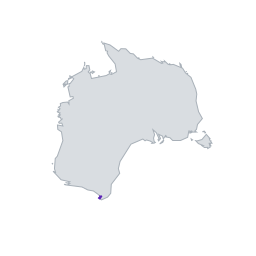 Busselton, Western Australia, Australia (highlighted), rotated 305°
{"feature_id": "25037944B46798430259876", "entity_name": "Busselton", "entity_type": "district", "adm_level": 2, "iso_a3": "AUS", "parent_name": "Australia", "parent_adm1": "Western Australia", "projection": "albers", "projection_center": [115.148, -33.685], "detail": "fine", "context": "in_parent", "style": "filled", "palette": "violet", "viewbox_px": 256, "rotation_deg": 305, "n_neighbors": 0, "source": "geoboundaries", "source_scale": "gbopen_adm2", "svg_char_len": 4106}
<svg xmlns="http://www.w3.org/2000/svg" viewBox="0 0 256 256"><g transform="rotate(305 128 128)"><path d="M185.7,65.6L185.5,76.3L188.9,76.7L191.6,80.8L190.4,87.1L191.8,89.9L190.6,95.8L191.2,99.2L199.3,108.0L200.1,118.4L201.0,119.3L201.8,117.7L203.3,120.1L203.9,119.4L203.2,124.4L203.9,126.2L206.1,128.6L208.3,138.4L206.1,143.5L205.6,150.5L198.6,161.3L195.2,164.9L189.2,168.2L181.8,176.5L178.4,183.5L170.7,182.9L166.2,184.9L163.9,184.5L164.0,186.5L161.4,182.8L162.1,182.3L162.0,181.6L161.4,181.4L159.9,182.2L159.3,181.3L161.0,180.6L160.5,179.5L154.6,182.2L147.9,178.2L143.4,171.8L144.1,167.9L142.2,163.7L143.3,164.1L143.5,163.1L139.3,163.2L141.1,160.9L140.4,156.7L138.0,160.7L135.0,160.5L135.7,159.2L137.1,159.5L140.4,153.9L140.9,149.4L137.8,153.6L134.4,154.7L131.9,157.2L131.9,158.7L130.7,158.2L129.1,156.3L130.3,156.5L130.0,153.5L128.8,150.0L127.3,149.3L127.5,146.5L116.5,139.7L96.0,140.7L89.2,143.4L86.1,147.2L72.3,146.6L64.6,151.3L59.6,150.9L53.9,147.5L53.9,144.1L55.2,144.7L56.5,142.7L56.6,135.8L54.2,130.6L53.3,124.2L46.3,110.8L49.0,112.2L47.4,108.1L48.6,110.5L50.6,111.2L47.2,102.9L49.6,91.4L50.1,94.1L52.5,91.1L61.3,85.9L64.3,86.3L80.3,81.9L86.7,75.7L86.6,71.3L90.0,68.5L92.3,73.5L94.0,71.0L92.4,68.9L93.0,67.8L98.2,69.1L96.6,68.4L97.9,66.7L97.1,64.9L99.9,65.0L99.0,63.7L101.4,63.7L100.8,61.9L103.0,60.1L103.1,61.3L104.8,61.3L105.1,59.1L107.4,60.1L109.2,58.5L111.6,60.1L114.6,63.6L113.7,66.0L116.4,63.9L121.0,66.2L122.2,64.9L120.3,62.8L127.2,55.2L128.3,55.9L130.6,54.1L131.2,55.1L137.2,55.4L137.4,53.4L133.6,51.3L134.4,50.9L147.9,57.7L152.4,57.0L151.1,58.4L152.6,59.7L155.2,58.1L156.7,60.2L153.7,63.4L151.1,63.2L150.7,66.0L147.6,69.7L158.5,80.1L161.7,81.6L162.3,83.7L167.5,86.3L173.1,80.7L175.9,71.2L177.5,67.8L179.2,67.3L178.5,65.4L183.8,59.5L185.7,65.6ZM156.3,191.4L161.0,195.2L167.7,195.8L166.2,201.8L166.1,200.6L165.1,201.7L163.7,205.5L162.0,203.2L159.5,206.3L156.9,205.1L157.8,204.3L155.9,201.9L155.9,198.6L156.8,199.5L155.6,194.6L156.3,191.4ZM126.9,49.7L131.1,50.4L132.2,51.6L129.1,53.3L126.9,49.7ZM133.1,163.1L138.9,164.2L136.2,164.7L133.1,163.1ZM154.3,66.1L154.7,68.4L152.2,67.5L152.9,66.1L154.3,66.1ZM208.3,137.3L209.1,134.9L210.7,133.3L210.5,134.9L208.3,137.3ZM167.6,191.1L169.2,192.2L169.0,193.0L167.6,191.1ZM126.4,50.3L127.6,52.5L124.9,52.0L126.4,50.3ZM155.3,187.7L154.3,187.2L155.3,186.0L155.3,187.7ZM165.1,80.7L163.8,81.1L162.5,81.1L163.3,80.1L165.1,80.7ZM46.3,110.2L45.4,109.0L45.3,107.9L46.3,110.2ZM168.4,193.7L168.9,194.5L167.7,193.6L168.4,193.7ZM203.8,125.0L204.6,125.3L204.3,126.3L203.8,125.0ZM190.9,95.8L191.7,96.7L191.5,97.0L190.9,95.8ZM161.3,205.3L161.0,206.2L160.5,205.7L161.3,205.3ZM207.0,144.9L206.6,146.2L207.0,144.9ZM137.5,51.3L136.9,50.7L137.4,50.4L137.5,51.3ZM156.8,55.1L155.6,55.9L157.1,54.4L156.8,55.1ZM207.7,143.4L207.2,143.6L207.6,143.3L207.7,143.4ZM154.2,74.4L153.6,74.5L154.0,74.0L154.2,74.4ZM152.3,65.6L151.6,65.6L152.2,65.1L152.3,65.6ZM55.7,85.9L55.5,86.8L55.2,86.7L55.7,85.9ZM182.8,58.7L182.5,59.4L182.4,58.8L182.8,58.7ZM161.3,181.8L161.3,182.2L161.2,182.0L161.3,181.8ZM155.2,56.2L153.7,56.6L155.3,56.0L155.2,56.2ZM101.0,60.8L100.4,61.3L100.8,60.7L101.0,60.8ZM161.9,204.7L161.5,204.8L161.8,204.5L161.9,204.7ZM163.9,83.1L163.2,82.9L163.7,82.5L163.9,83.1ZM97.9,64.4L97.5,64.7L97.5,64.0L97.9,64.4ZM165.0,203.5L164.5,203.6L164.8,203.1L165.0,203.5ZM183.7,57.0L183.5,57.4L183.2,57.1L183.7,57.0ZM160.9,182.3L161.2,182.9L160.5,182.5L160.9,182.3ZM200.5,108.4L200.1,108.2L200.5,107.7L200.5,108.4ZM201.4,117.5L201.2,117.4L201.5,117.1L201.4,117.5ZM156.7,190.8L156.5,191.1L156.5,190.6L156.7,190.8Z" fill="#d9dde1" stroke="#a8b0b8" stroke-width="1"/><path d="M56.4,145.5L56.6,145.5L56.7,145.4L56.8,145.4L56.8,145.0L56.7,145.0L56.7,144.9L56.2,144.8L56.1,144.7L55.9,144.5L55.7,144.5L55.7,144.4L55.6,144.5L55.4,144.6L55.2,144.7L55.1,144.8L54.9,144.8L54.7,144.8L54.6,144.7L54.4,144.7L54.3,144.4L54.2,144.4L54.0,144.2L53.9,144.2L53.9,144.3L53.9,144.5L54.0,144.5L54.0,144.8L53.9,144.8L53.8,145.0L53.8,145.3L53.9,145.5L54.0,145.5L54.3,145.5L54.5,145.5L54.8,145.5L55.0,145.5L55.3,145.6L55.8,145.5L56.3,145.5L56.4,145.5Z" fill="#8b5cf6" stroke="#5b21b6" stroke-width="1.5"/></g></svg>